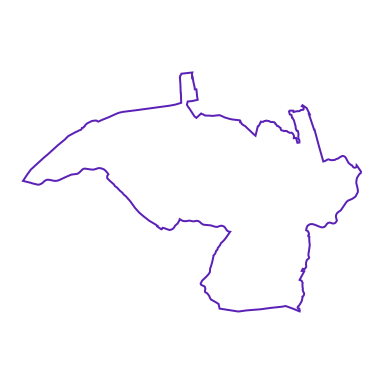 the district of Santiago Tulantepec de Lugo Guerrero, Hidalgo, Mexico
{"feature_id": "50627088B2039046908464", "entity_name": "Santiago Tulantepec de Lugo Guerrero", "entity_type": "district", "adm_level": 2, "iso_a3": "MEX", "parent_name": "Mexico", "parent_adm1": "Hidalgo", "projection": "albers", "projection_center": [-98.384, 20.035], "detail": "fine", "context": "isolated", "style": "outline", "palette": "violet", "viewbox_px": 384, "rotation_deg": 0, "n_neighbors": 0, "source": "geoboundaries", "source_scale": "gbopen_adm2", "svg_char_len": 6008}
<svg xmlns="http://www.w3.org/2000/svg" viewBox="0 0 384 384"><path d="M309.7,114.2L306.6,108.0L302.5,105.2L301.8,106.2L303.1,106.8L303.7,107.2L303.7,107.9L303.5,108.4L303.6,109.4L303.5,109.5L303.3,109.7L302.3,109.9L300.8,110.1L300.4,110.3L299.6,111.1L299.3,111.2L297.0,111.2L293.5,112.0L293.3,110.7L290.5,110.7L289.9,110.6L288.9,110.9L288.8,110.7L289.8,114.4L290.6,114.7L291.4,114.9L292.0,117.6L292.4,117.5L293.2,119.2L293.9,120.2L295.0,124.3L295.7,126.6L295.6,126.9L295.8,128.7L296.6,130.5L296.7,130.8L296.9,130.8L297.2,130.6L297.5,130.7L297.7,130.8L297.9,131.2L298.5,134.0L298.3,136.4L298.3,137.1L298.4,137.9L298.2,138.5L298.8,139.1L299.4,140.3L299.4,142.5L297.4,142.8L296.0,137.9L293.8,138.2L293.8,137.8L294.0,136.4L293.6,135.0L293.2,134.2L292.0,132.9L291.7,132.7L291.3,132.7L290.3,132.8L289.8,132.8L288.0,132.0L286.7,131.0L286.1,131.0L285.4,130.9L284.1,131.1L283.0,130.6L281.9,130.5L281.7,130.3L281.1,130.0L280.9,129.7L280.5,127.8L279.5,127.4L279.1,126.8L278.3,126.2L277.4,126.1L277.1,125.9L276.0,124.2L275.5,124.0L275.3,123.8L275.2,123.4L275.1,123.0L273.9,122.1L273.3,122.1L272.6,122.0L271.9,122.1L270.9,122.0L270.3,121.8L268.8,121.0L268.0,121.0L266.6,120.6L265.4,120.9L264.3,121.0L263.3,121.8L262.8,121.9L261.8,121.9L261.0,121.6L260.9,121.9L260.5,122.3L260.3,122.9L260.3,123.2L258.6,126.0L258.4,125.9L257.8,126.3L255.5,135.7L253.3,133.9L251.4,132.0L247.8,128.7L245.3,126.2L243.7,125.3L241.8,124.1L241.8,123.7L241.3,122.9L240.1,122.4L240.0,122.1L240.2,121.9L240.4,121.9L240.5,121.8L240.5,121.3L240.2,120.6L239.8,120.3L232.6,119.5L231.0,119.2L228.1,118.5L227.4,118.2L224.5,117.4L223.2,116.7L219.7,115.2L216.6,115.4L213.7,115.8L212.3,115.9L209.1,115.6L206.0,115.6L204.8,115.4L203.0,114.3L202.5,114.1L201.9,114.1L201.1,113.5L196.4,117.9L194.5,116.4L189.0,107.9L188.7,107.8L186.9,104.7L187.7,101.5L192.4,101.0L197.7,99.8L197.1,96.4L196.4,89.3L194.8,89.3L194.7,88.5L194.5,86.6L193.6,82.9L192.6,77.2L192.1,77.6L192.0,74.9L192.1,73.2L192.3,72.5L181.4,73.7L181.4,74.2L180.1,76.0L180.1,77.5L179.9,77.5L180.4,84.1L180.7,92.8L180.9,92.9L181.2,102.8L175.4,104.6L169.5,105.7L136.3,110.2L122.7,111.9L118.8,112.8L116.3,113.8L108.1,117.5L103.0,119.5L98.3,121.6L97.7,121.4L96.2,120.5L95.5,120.5L91.9,121.0L87.1,123.4L85.5,124.9L85.1,125.4L85.0,125.8L84.7,126.2L83.8,126.8L83.8,127.1L82.8,127.9L81.9,128.0L81.6,129.0L81.1,129.6L80.4,130.0L78.9,130.5L77.4,131.4L75.7,132.0L74.5,132.7L68.1,136.2L65.0,139.4L57.9,145.2L47.2,154.9L44.8,156.8L30.9,169.5L29.4,171.5L29.0,172.2L27.6,174.0L23.0,180.9L31.1,182.9L31.7,183.2L36.6,184.4L38.1,184.7L39.5,184.5L41.4,183.7L42.8,182.7L43.8,181.7L45.0,180.7L45.9,180.2L46.7,179.9L47.9,179.7L49.0,179.8L54.1,180.8L55.5,180.9L57.2,180.7L58.3,180.4L59.8,179.8L66.2,176.8L71.4,174.6L77.4,173.8L79.6,172.3L82.6,169.3L83.7,168.8L84.7,168.6L86.3,168.8L90.3,169.4L92.2,169.6L93.3,169.6L94.8,169.3L98.2,168.2L99.3,168.1L100.5,168.2L102.3,168.7L104.3,169.6L105.9,171.1L107.6,173.1L108.4,174.3L107.2,176.0L107.2,178.2L110.0,181.0L113.9,184.4L114.9,186.1L117.2,187.7L119.7,190.5L122.4,192.8L123.7,194.5L125.9,196.3L130.2,201.2L135.1,208.0L139.4,212.8L143.8,216.5L149.3,220.8L154.2,223.7L155.3,224.3L157.1,225.6L156.8,225.7L157.0,226.3L161.3,229.3L161.8,229.2L162.6,227.8L163.7,228.0L169.4,230.0L170.9,229.7L172.5,229.1L174.2,227.4L174.9,225.9L176.3,224.6L177.6,223.5L179.3,220.6L179.7,219.2L181.6,220.3L182.9,220.9L184.0,221.1L185.7,221.2L188.9,220.7L190.0,220.7L192.8,221.3L194.1,221.3L196.2,220.9L197.1,220.9L198.0,221.0L199.5,221.7L201.7,223.7L202.6,224.2L203.5,224.7L210.0,225.3L211.2,225.5L215.0,226.7L216.4,226.9L217.6,226.8L220.2,225.9L221.5,225.7L222.4,225.9L223.6,226.3L224.4,226.9L224.9,227.4L226.8,230.3L227.6,231.0L229.1,231.7L230.1,231.8L226.6,236.9L224.5,239.7L222.3,242.0L221.1,242.9L220.0,245.2L218.8,246.8L217.8,247.9L217.3,249.9L216.2,250.7L215.2,253.6L213.4,255.7L213.5,256.1L212.3,261.6L211.0,266.3L210.1,268.6L209.9,272.1L208.8,273.9L206.4,276.6L203.5,279.4L202.1,280.6L200.6,283.7L201.3,285.0L203.5,285.9L204.7,286.6L205.4,288.9L204.9,290.7L205.2,292.2L207.0,293.2L207.7,293.9L209.3,296.1L209.7,297.3L210.8,299.4L216.6,302.7L218.7,304.1L218.8,305.3L219.6,308.6L238.2,311.5L239.3,311.4L246.6,310.4L259.0,309.4L261.3,309.2L270.6,307.9L282.1,306.7L285.6,306.0L292.5,308.5L299.6,311.4L299.8,310.7L299.4,309.9L299.5,309.3L299.2,308.5L298.4,308.5L297.6,307.8L297.6,307.3L298.2,306.3L299.2,305.4L301.6,301.4L302.4,298.3L302.5,297.5L302.3,296.9L302.4,296.6L303.0,296.3L303.6,295.6L304.1,294.2L304.1,293.2L303.6,292.4L303.0,291.0L302.7,290.0L302.9,288.7L302.6,287.3L302.4,284.4L302.6,283.5L302.6,282.7L301.6,280.7L299.6,279.9L304.2,271.4L301.7,270.9L302.8,268.8L304.3,269.3L306.2,267.1L306.2,266.0L306.0,264.6L306.0,263.6L306.2,262.2L306.7,260.4L307.2,259.7L308.7,258.5L309.0,257.9L309.1,257.2L308.4,255.5L308.5,254.3L308.5,253.1L308.8,252.0L309.7,245.6L309.7,244.2L309.4,242.0L309.2,238.5L309.4,236.9L309.2,236.6L308.4,236.4L308.2,235.9L308.3,235.2L308.8,234.9L308.9,234.5L309.0,234.1L308.7,232.8L307.9,231.2L306.1,230.2L306.6,227.9L307.3,226.2L308.1,225.4L309.2,224.7L310.3,224.1L312.7,224.1L315.4,225.0L319.3,226.6L321.0,227.2L322.7,227.4L324.2,227.0L325.2,226.3L326.9,223.9L328.1,222.9L329.6,222.6L330.8,222.8L332.3,223.4L333.4,223.5L334.5,223.3L335.2,222.9L336.4,221.6L336.9,220.3L336.6,219.7L335.9,216.7L336.1,214.9L337.1,213.1L338.4,212.0L340.8,210.3L346.5,201.9L347.9,200.7L352.3,198.8L355.5,196.6L357.8,192.2L357.9,190.6L357.5,188.0L356.3,183.1L356.4,180.9L356.7,179.1L357.2,177.5L359.1,174.5L360.1,173.4L360.7,173.2L361.0,171.6L356.7,165.3L356.6,165.2L356.5,166.6L356.3,167.1L355.8,167.4L355.3,167.6L354.5,167.7L353.9,167.5L353.3,167.2L352.1,165.5L351.0,165.0L350.9,164.8L349.9,164.1L348.4,162.7L345.8,157.8L345.4,157.2L344.9,156.8L344.3,156.4L343.7,156.2L343.0,156.0L342.3,156.0L341.6,156.3L339.8,157.2L338.7,158.1L337.9,158.6L336.5,158.9L335.0,159.8L334.3,160.0L331.5,160.2L330.2,159.9L328.7,159.4L328.2,159.4L327.7,159.5L327.1,159.8L324.9,161.1L323.3,161.5L319.1,146.7L314.5,129.6L314.1,129.7L308.9,114.1L309.7,114.2Z" fill="none" stroke="#5b21b6" stroke-width="2"/></svg>